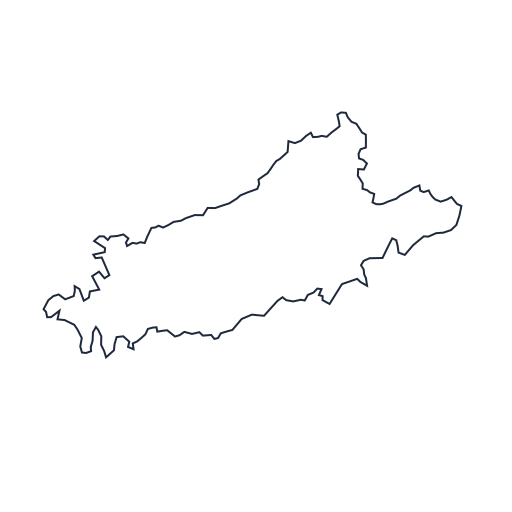 Quatro Irmãos, Rio Grande do Sul, Brazil, rotated 29°
{"feature_id": "56859067B55924699188620", "entity_name": "Quatro Irmãos", "entity_type": "district", "adm_level": 2, "iso_a3": "BRA", "parent_name": "Brazil", "parent_adm1": "Rio Grande do Sul", "projection": "equal_earth", "projection_center": [-52.476, -27.847], "detail": "fine", "context": "isolated", "style": "outline", "palette": "slate", "viewbox_px": 512, "rotation_deg": 29, "n_neighbors": 0, "source": "geoboundaries", "source_scale": "gbopen_adm2", "svg_char_len": 2827}
<svg xmlns="http://www.w3.org/2000/svg" viewBox="0 0 512 512"><g transform="rotate(29 256 256)"><path d="M411.4,112.7L406.5,113.0L402.9,111.6L398.4,109.7L395.4,114.4L391.2,118.9L385.5,119.7L382.0,118.8L378.5,117.2L375.3,114.9L371.7,118.8L368.0,119.2L364.7,115.1L360.7,120.0L359.2,123.7L356.5,127.7L352.8,133.2L350.9,137.9L348.2,140.9L345.0,144.5L342.0,148.5L339.3,150.7L335.9,152.4L331.9,152.6L330.7,148.5L329.3,144.4L324.8,145.1L321.1,144.5L316.6,145.6L314.2,140.8L310.5,138.7L306.2,136.5L303.2,130.4L308.4,128.1L308.2,121.4L303.2,120.0L298.8,120.7L296.2,117.0L295.7,111.9L299.5,107.9L296.4,102.1L293.2,96.6L288.9,96.6L284.9,94.4L279.7,91.7L274.4,92.3L269.0,90.2L265.2,87.2L260.8,89.2L258.6,93.0L263.6,98.5L266.2,102.0L264.6,106.0L262.2,111.3L260.1,117.4L255.2,119.1L252.6,121.6L248.2,124.4L244.2,121.6L241.6,126.7L239.5,133.3L235.3,138.4L228.7,139.8L233.2,149.7L229.8,159.6L227.7,163.1L227.0,167.5L226.6,172.3L226.0,177.8L223.4,183.1L221.1,188.0L223.9,191.5L224.6,196.7L218.1,204.1L212.9,210.6L211.5,214.8L207.1,222.9L201.2,229.2L197.0,233.9L190.4,237.4L189.9,246.0L182.6,249.9L176.3,256.9L173.3,261.5L167.4,266.1L164.4,271.3L160.9,276.2L156.2,276.7L153.9,280.0L150.9,282.1L151.5,291.6L152.4,298.6L148.2,300.0L145.6,303.0L141.6,304.4L138.4,309.8L135.7,307.2L135.9,302.5L129.6,301.4L124.9,305.8L119.3,309.5L118.6,313.8L113.5,312.6L109.5,314.7L107.2,321.4L120.2,322.3L121.8,326.0L113.1,333.7L116.7,335.7L121.8,332.1L137.0,343.8L134.3,348.9L126.3,345.8L122.5,353.1L135.2,361.4L127.9,367.5L130.0,373.4L127.1,378.6L117.6,370.5L112.0,370.3L114.3,374.0L116.0,379.4L110.1,386.4L102.1,385.3L98.2,389.3L95.8,395.4L96.0,405.5L99.5,406.7L103.0,410.8L106.4,408.8L108.4,404.3L110.6,399.1L113.1,407.6L119.7,404.8L130.5,404.3L135.4,406.8L143.4,412.2L146.2,420.4L150.6,424.8L154.4,423.2L157.9,419.2L155.6,415.7L154.2,409.4L150.4,401.8L150.4,395.7L153.7,397.1L159.6,401.2L163.6,408.8L169.2,412.7L174.0,417.3L177.5,407.3L175.1,401.9L173.4,394.5L178.8,390.6L186.7,392.4L188.2,397.6L194.1,396.9L190.6,392.2L193.5,388.3L195.5,383.1L197.2,378.2L196.8,372.2L200.4,368.7L203.5,366.6L206.4,370.0L210.4,366.8L214.3,364.0L224.2,365.7L227.5,362.4L230.1,357.1L237.8,355.2L243.4,350.1L248.1,351.4L255.1,346.8L259.8,348.7L262.6,346.1L262.7,340.7L267.1,336.1L271.2,332.1L274.0,318.0L280.8,309.3L286.6,306.8L292.0,304.4L296.5,284.9L299.2,279.2L303.8,280.0L310.5,277.7L316.5,272.5L320.2,271.3L320.2,264.9L324.1,260.0L325.4,254.8L329.3,253.2L330.0,259.7L333.7,258.8L335.6,262.3L343.6,262.3L344.8,238.9L355.6,226.9L359.9,228.1L367.6,228.2L362.9,222.1L359.6,219.7L356.6,215.5L352.3,213.2L352.5,208.1L356.4,202.9L367.6,196.4L366.8,180.8L366.6,174.5L371.0,174.2L375.0,178.5L379.0,183.9L385.6,182.9L388.2,170.3L393.2,157.5L397.3,155.5L402.5,148.7L408.6,144.7L414.0,138.8L416.2,131.6L414.2,121.6L411.4,112.7Z" fill="none" stroke="#1e293b" stroke-width="2"/></g></svg>